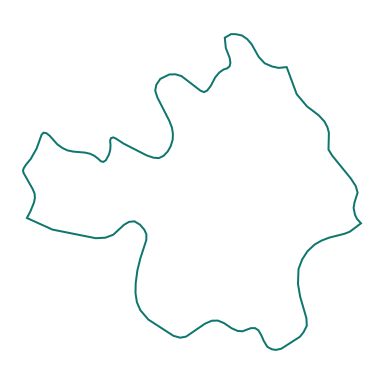 Yên Bái, Natural Earth projection
{"feature_id": "VNM-458", "entity_name": "Yên Bái", "entity_type": "Province", "adm_level": 1, "iso_a3": "VNM", "parent_name": "Vietnam", "parent_adm1": "", "projection": "natural_earth1", "projection_center": [104.512, 21.797], "detail": "fine", "context": "isolated", "style": "outline", "palette": "teal", "viewbox_px": 384, "rotation_deg": 0, "n_neighbors": 0, "source": "natural_earth", "source_scale": "10m", "svg_char_len": 1785}
<svg xmlns="http://www.w3.org/2000/svg" viewBox="0 0 384 384"><path d="M286.7,67.1L296.7,94.2L307.0,106.4L318.7,115.3L324.5,121.6L327.4,127.2L328.9,132.7L328.5,149.6L332.2,155.6L350.9,178.6L355.8,186.2L357.6,192.7L354.5,202.4L353.6,207.8L355.0,214.8L357.0,218.9L361.0,223.3L349.8,231.7L344.4,233.8L329.0,237.7L321.5,240.6L314.5,244.6L307.5,251.2L302.2,259.4L298.5,269.1L298.0,283.9L300.1,296.5L306.4,318.2L306.8,325.8L303.6,332.1L300.0,336.7L281.3,348.7L276.0,349.9L272.0,349.3L267.4,346.9L263.7,340.8L261.4,335.4L258.5,330.4L255.1,328.1L251.0,328.1L242.4,331.3L237.6,330.9L231.7,328.3L224.0,323.1L217.9,320.6L211.9,320.7L205.1,323.6L186.1,336.6L180.2,337.7L173.4,335.8L148.4,319.6L140.4,310.3L136.9,302.2L135.5,293.1L135.7,283.1L137.4,270.3L140.4,258.2L146.3,240.1L146.4,234.3L144.3,229.7L139.9,224.6L134.4,221.3L129.0,221.9L124.0,224.8L113.3,234.7L105.3,237.7L95.7,238.2L52.5,229.6L26.9,218.0L30.3,211.6L34.0,202.5L34.9,197.9L34.6,193.7L32.8,189.3L23.6,173.0L23.0,170.6L23.8,168.1L25.9,164.8L30.7,159.0L36.6,148.6L41.6,134.7L43.5,132.7L46.4,133.2L49.5,135.6L57.4,144.4L62.6,148.1L67.5,150.4L73.3,151.6L85.1,152.6L90.2,153.8L94.5,155.9L98.0,158.6L100.9,161.3L103.4,161.9L105.9,160.2L109.0,154.5L110.3,149.4L110.5,144.6L110.1,140.7L110.9,138.2L113.3,137.4L116.3,138.8L123.4,143.5L146.7,155.4L153.5,157.7L158.9,158.1L163.6,155.8L167.7,151.5L170.7,146.2L172.7,139.6L172.9,133.9L172.0,127.8L169.3,120.8L157.4,97.5L155.2,90.7L156.3,84.8L160.3,78.9L169.2,74.5L175.5,74.3L181.5,76.1L200.5,90.7L204.0,92.1L207.1,90.6L210.7,86.0L215.2,77.4L219.3,72.5L223.4,69.6L227.2,68.3L229.6,66.3L230.4,62.8L229.7,58.0L225.8,47.9L224.8,37.7L231.1,34.1L236.0,34.2L242.0,35.5L247.2,39.1L251.6,44.2L258.7,56.9L264.7,63.3L272.1,66.5L278.6,67.9L286.7,67.1Z" fill="none" stroke="#0f766e" stroke-width="2"/></svg>